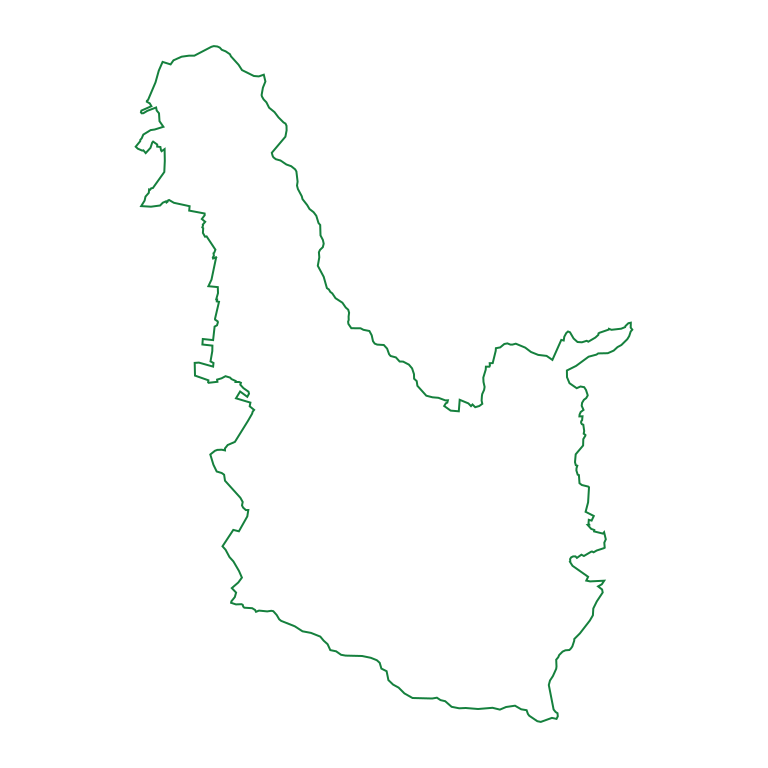 Garbau, Cluj, Romania
{"feature_id": "2599482B41163110615714", "entity_name": "Garbau", "entity_type": "district", "adm_level": 2, "iso_a3": "ROU", "parent_name": "Romania", "parent_adm1": "Cluj", "projection": "orthographic", "projection_center": [23.36, 46.847], "detail": "fine", "context": "isolated", "style": "outline", "palette": "green", "viewbox_px": 768, "rotation_deg": 0, "n_neighbors": 0, "source": "geoboundaries", "source_scale": "gbopen_adm2", "svg_char_len": 6076}
<svg xmlns="http://www.w3.org/2000/svg" viewBox="0 0 768 768"><path d="M556.5,718.9L557.8,716.3L557.5,713.2L555.6,712.0L553.6,709.5L548.8,685.0L550.0,680.5L552.9,676.1L556.2,668.8L556.5,666.5L556.2,659.7L558.2,657.3L559.2,655.0L562.6,651.6L565.4,650.3L569.4,650.0L570.9,648.5L572.3,646.5L574.2,640.8L574.3,639.0L579.9,633.4L589.8,620.6L592.9,615.3L593.3,608.5L596.8,601.4L602.7,592.5L602.1,589.5L598.1,586.4L601.8,584.3L604.2,580.7L590.1,581.4L586.3,580.6L588.1,576.8L572.5,565.8L569.9,561.7L570.3,561.3L570.1,559.1L571.1,557.4L573.1,556.4L575.5,556.4L576.9,557.9L581.4,554.7L583.9,556.0L591.0,551.8L592.0,551.5L593.6,552.3L596.7,550.5L603.8,548.2L604.7,547.7L604.3,542.7L605.8,539.3L604.1,532.2L602.9,533.6L594.1,531.4L594.3,530.0L591.2,528.9L587.6,524.9L589.2,524.6L588.5,523.5L588.8,519.8L591.6,520.6L593.8,516.0L585.6,511.8L588.1,502.3L589.0,487.3L588.3,486.6L581.8,485.0L579.5,483.2L578.9,475.1L577.7,474.7L576.4,470.5L576.5,468.3L577.3,465.7L575.8,465.2L575.0,462.2L575.7,454.3L583.1,445.5L583.3,439.1L585.4,435.6L585.4,434.9L583.7,433.7L584.2,431.0L583.3,424.7L581.9,424.2L581.1,422.8L581.2,421.3L582.1,420.2L582.5,416.3L579.4,416.4L579.6,414.5L580.7,412.0L583.5,409.9L581.7,405.8L582.1,402.8L583.9,399.8L586.2,398.1L587.7,395.5L587.6,394.9L586.0,390.0L584.2,387.2L580.5,386.5L576.7,388.2L569.5,383.2L567.0,377.2L566.9,370.5L576.1,365.9L588.6,356.7L596.5,354.6L598.2,353.4L607.8,353.2L613.7,350.6L617.5,347.1L621.4,345.0L627.3,339.2L629.2,336.1L630.7,331.5L632.3,329.7L630.7,327.6L630.8,322.7L628.4,323.2L625.5,326.0L625.1,327.1L621.2,328.7L611.5,329.8L608.9,328.8L608.7,329.6L599.4,332.8L598.5,333.4L598.3,334.9L595.3,337.6L588.3,341.7L586.7,340.8L581.9,342.3L577.5,342.0L573.6,338.5L570.0,332.3L568.0,331.5L566.3,333.0L564.3,336.7L563.7,340.5L561.3,339.9L552.4,359.9L546.6,355.9L538.2,354.9L531.0,352.0L525.2,347.6L515.8,343.7L512.4,344.6L510.4,344.6L507.4,343.4L504.3,344.0L500.2,347.4L495.9,348.2L495.7,350.9L492.7,363.1L489.7,363.2L489.9,365.6L489.4,366.7L485.9,366.7L485.7,369.7L483.3,377.6L483.5,382.0L484.6,386.9L484.1,389.9L482.2,394.1L481.9,396.2L481.6,400.6L482.3,403.8L479.3,406.0L475.2,407.2L472.5,404.5L471.0,406.1L468.4,403.4L459.7,399.8L458.8,411.3L450.6,410.6L444.2,406.0L445.8,403.3L447.3,402.6L447.9,400.3L445.4,400.4L438.4,397.8L432.5,397.3L426.3,395.7L417.4,385.8L416.7,381.1L414.1,378.7L414.0,374.2L412.1,368.4L408.9,364.6L403.1,361.6L399.6,361.5L395.9,357.4L390.6,356.0L389.1,354.2L387.1,348.6L383.8,345.0L377.2,344.6L374.7,343.6L373.0,341.2L371.7,335.3L369.4,331.0L363.4,329.8L360.6,328.3L351.3,328.2L348.4,323.9L348.1,321.7L348.7,320.0L348.6,316.5L349.1,312.8L348.2,309.7L345.7,307.5L342.4,302.7L335.5,298.2L332.3,293.4L330.3,291.9L328.9,289.5L326.9,288.1L323.7,276.8L317.8,265.8L319.3,257.3L318.9,252.3L320.0,249.9L322.8,247.2L323.7,243.7L322.9,240.0L320.5,235.4L320.2,225.0L318.5,223.0L316.3,215.8L313.6,212.2L309.5,209.0L307.2,205.1L302.5,199.1L301.8,196.3L297.9,189.0L297.0,185.6L297.6,181.7L296.4,171.5L295.2,169.4L291.2,166.2L286.4,164.5L280.5,160.5L275.8,159.2L273.4,157.3L272.6,155.8L271.8,152.8L285.4,136.7L286.6,130.3L286.5,125.8L285.5,123.6L283.5,122.4L278.5,117.4L274.5,112.1L269.1,107.7L266.4,102.3L263.6,99.4L262.0,96.6L261.6,95.1L262.9,87.7L265.4,81.5L263.8,74.7L258.8,76.4L253.9,76.0L242.0,70.1L238.6,64.8L231.0,56.4L229.9,54.2L225.6,51.3L221.8,49.8L219.8,47.6L217.4,46.5L213.8,46.1L211.4,46.8L194.3,55.7L188.8,55.7L181.6,56.7L173.5,60.3L170.6,64.4L162.6,61.9L158.8,70.6L155.5,82.4L148.1,99.8L146.9,100.9L146.8,101.7L149.8,103.4L151.4,106.2L141.4,110.6L140.9,112.3L141.7,113.3L143.4,113.2L147.4,110.8L156.1,107.5L156.7,110.5L159.0,113.3L159.5,121.2L163.4,126.8L154.7,129.5L150.6,130.1L143.3,134.6L141.7,138.3L140.3,139.9L140.2,141.2L135.7,146.7L137.8,148.7L142.2,150.6L143.4,150.3L145.7,153.1L150.5,147.8L152.2,142.6L153.1,141.6L157.2,144.5L157.2,146.6L160.4,147.0L161.0,150.2L161.6,151.2L164.6,149.1L164.8,160.9L164.3,172.0L152.9,188.0L151.2,188.3L150.2,189.7L149.1,189.4L148.8,192.8L145.5,196.6L144.6,200.6L141.2,206.1L151.0,206.7L160.1,205.5L162.8,202.7L166.0,201.3L166.5,202.5L167.5,201.8L168.1,200.4L169.1,200.0L173.9,202.8L189.6,206.2L189.2,210.6L204.6,213.5L204.7,215.2L201.8,219.0L205.2,221.8L202.8,224.6L203.0,225.6L202.3,227.4L203.2,228.2L202.9,232.9L205.0,236.7L206.6,236.4L215.4,249.7L214.2,252.8L213.5,253.3L213.9,255.5L212.8,257.6L213.1,258.5L216.8,256.9L216.1,257.6L211.5,279.6L208.4,286.2L217.8,287.1L218.0,293.1L216.2,299.4L217.1,299.5L216.8,301.4L219.0,301.8L215.0,318.9L215.1,319.6L217.7,321.4L217.9,322.3L217.0,325.3L214.6,326.6L213.1,340.1L202.8,339.0L202.4,344.5L212.4,345.6L212.3,351.1L210.5,361.4L213.5,363.0L213.1,366.6L198.9,362.6L194.7,362.9L195.0,375.6L208.4,380.3L208.1,382.3L208.6,382.8L217.4,381.8L217.1,379.6L221.6,378.3L225.5,376.2L230.1,377.6L231.5,379.1L235.7,381.0L235.5,382.0L239.1,382.0L240.9,382.8L240.3,384.7L243.4,388.1L248.5,391.7L249.0,393.7L247.3,396.8L240.1,391.5L236.0,398.3L250.4,402.6L249.7,406.3L254.1,409.9L252.7,411.6L252.1,413.7L247.9,421.0L234.9,441.9L227.7,445.0L224.9,448.5L225.0,450.4L221.7,449.7L217.3,449.9L214.9,450.8L210.3,454.5L213.4,464.7L216.7,471.5L221.7,473.0L224.1,474.7L225.0,480.7L240.4,497.8L242.7,502.0L242.0,505.4L243.1,507.6L245.9,510.1L248.3,510.0L247.3,516.4L238.9,531.3L233.3,529.9L222.5,546.3L225.6,549.8L229.5,557.1L233.4,561.4L239.0,571.0L241.9,577.6L238.3,582.5L231.8,588.1L236.1,592.6L234.8,597.1L231.4,601.3L231.1,602.8L235.9,604.4L241.5,604.2L242.7,604.8L243.2,606.6L244.3,607.7L252.2,608.2L255.1,610.0L256.0,611.8L259.0,610.6L267.2,611.4L271.3,610.8L273.3,611.2L276.7,615.0L279.2,619.3L281.2,620.9L294.8,626.3L302.5,631.3L311.0,632.9L320.3,636.6L323.7,640.7L327.6,644.2L330.3,650.1L336.1,651.3L341.1,654.8L345.6,655.6L362.1,656.0L370.8,657.8L376.8,660.2L379.7,662.8L381.4,668.6L386.6,671.2L388.4,680.1L393.1,684.6L398.6,687.6L404.4,693.4L412.5,698.0L432.2,698.5L436.9,697.7L440.5,700.1L445.2,701.2L451.6,706.8L459.2,708.3L465.7,708.0L478.1,709.0L492.5,707.8L499.9,709.6L506.1,707.0L515.0,705.7L521.2,709.3L526.6,710.2L527.9,713.9L529.2,715.7L537.3,721.2L540.8,721.9L551.9,717.9L556.5,718.9Z" fill="none" stroke="#15803d" stroke-width="2"/></svg>